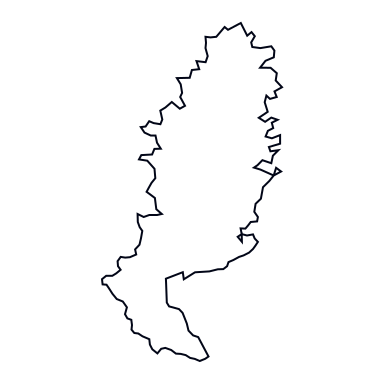 Vila Lângaro, Rio Grande do Sul, Brazil
{"feature_id": "56859067B11658181648524", "entity_name": "Vila Lângaro", "entity_type": "district", "adm_level": 2, "iso_a3": "BRA", "parent_name": "Brazil", "parent_adm1": "Rio Grande do Sul", "projection": "albers", "projection_center": [-52.143, -28.132], "detail": "fine", "context": "isolated", "style": "outline", "palette": "ink", "viewbox_px": 384, "rotation_deg": 0, "n_neighbors": 0, "source": "geoboundaries", "source_scale": "gbopen_adm2", "svg_char_len": 2384}
<svg xmlns="http://www.w3.org/2000/svg" viewBox="0 0 384 384"><path d="M241.7,234.1L240.6,228.4L245.4,228.6L248.2,225.3L250.7,222.0L257.1,221.4L257.9,217.0L254.3,211.8L255.6,203.8L260.9,198.7L263.0,187.2L269.3,181.0L273.7,175.5L260.5,169.6L254.0,167.6L257.5,165.2L262.4,160.2L271.3,163.2L272.9,155.7L278.4,150.2L270.4,151.3L268.9,147.0L280.1,143.7L280.1,135.1L271.9,138.3L265.6,136.5L267.9,130.8L273.2,128.1L271.8,122.7L277.6,119.8L271.3,117.6L265.1,121.8L258.8,117.8L267.7,111.8L264.7,102.2L266.4,95.6L270.0,98.9L276.7,97.0L274.5,91.4L282.0,87.2L275.7,80.5L276.8,73.2L270.6,67.8L260.1,67.7L265.5,60.8L273.8,57.3L274.4,50.6L271.3,46.3L260.4,48.1L252.3,47.0L251.2,42.4L254.8,36.2L251.5,32.1L247.2,35.7L240.8,23.0L228.0,29.8L224.6,27.0L216.3,36.8L210.5,37.4L205.5,36.8L206.0,42.9L205.5,48.1L207.7,56.1L205.6,62.2L196.5,61.1L199.2,69.2L191.9,70.0L189.7,77.8L176.9,78.1L180.7,84.3L182.1,92.9L180.2,97.0L185.0,105.8L179.8,108.7L171.8,102.0L165.4,107.5L160.3,110.6L162.3,119.5L160.4,124.2L153.6,123.1L149.2,121.2L145.6,126.5L140.8,127.1L144.5,132.6L150.7,135.5L155.5,135.5L157.0,142.7L160.8,148.7L154.4,148.9L152.1,154.5L141.3,155.1L139.0,159.4L147.3,160.7L154.5,168.8L155.3,178.2L151.5,182.9L148.8,187.7L146.6,191.8L154.9,198.0L156.3,209.2L161.8,214.0L157.1,215.0L149.3,215.0L143.7,217.0L137.6,214.0L137.8,222.0L139.7,227.2L142.3,230.9L141.0,238.2L139.5,244.7L135.1,249.4L136.2,254.5L129.9,257.2L125.2,257.6L120.7,256.9L117.6,261.2L118.0,266.2L120.6,269.8L116.2,273.4L112.3,275.8L106.2,275.8L102.0,279.2L102.6,284.4L106.5,284.7L108.9,288.2L112.4,293.7L116.7,299.0L122.8,301.5L126.9,307.3L125.0,314.2L127.4,318.4L131.3,319.8L132.0,325.1L131.5,329.6L134.3,333.0L138.3,333.5L142.5,336.3L149.3,339.2L149.9,344.6L152.3,349.3L157.4,353.4L161.2,348.8L165.3,347.9L171.2,350.0L175.9,353.6L180.7,353.9L185.7,355.1L190.1,357.9L194.8,358.9L199.7,361.0L205.2,358.8L208.5,356.5L198.2,337.1L193.1,335.4L188.5,330.6L186.8,323.5L184.2,316.9L182.6,312.9L179.0,309.1L172.9,307.4L169.1,306.4L166.8,302.6L166.1,283.3L165.9,278.7L182.8,272.2L183.8,279.3L195.0,272.3L209.4,271.4L217.8,269.3L223.3,269.1L227.1,266.2L228.5,262.1L233.4,260.0L239.1,256.9L243.6,255.4L249.1,252.6L253.0,249.0L255.6,245.4L257.9,241.9L254.7,238.5L253.0,234.4L247.0,235.5L241.7,234.1ZM241.7,234.1L241.9,241.8L237.7,236.8L241.7,234.1ZM281.1,171.5L276.1,167.8L273.7,175.5L281.1,171.5Z" fill="none" stroke="#020617" stroke-width="2"/></svg>